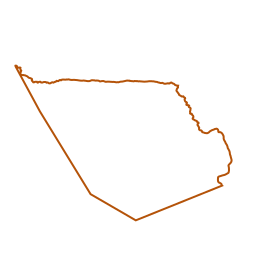 outline of Saravena, Arauca, Colombia, rotated 74°
{"feature_id": "7082276B82092326116351", "entity_name": "Saravena", "entity_type": "district", "adm_level": 2, "iso_a3": "COL", "parent_name": "Colombia", "parent_adm1": "Arauca", "projection": "equal_earth", "projection_center": [-71.958, 6.906], "detail": "fine", "context": "isolated", "style": "outline", "palette": "amber", "viewbox_px": 256, "rotation_deg": 74, "n_neighbors": 0, "source": "geoboundaries", "source_scale": "gbopen_adm2", "svg_char_len": 5470}
<svg xmlns="http://www.w3.org/2000/svg" viewBox="0 0 256 256"><g transform="rotate(74 128 128)"><path d="M37.1,219.0L37.8,219.1L87.8,208.1L181.3,182.2L218.9,146.0L209.3,53.4L208.9,53.6L207.4,53.7L206.9,54.1L206.4,54.6L205.8,55.1L205.4,55.7L204.7,56.0L204.2,56.1L203.4,56.0L202.4,55.8L200.2,55.0L199.9,54.5L199.7,53.9L199.7,53.2L199.7,52.0L199.6,50.5L199.7,48.3L199.6,47.1L199.3,45.9L199.1,45.0L198.8,43.9L198.4,43.5L197.6,43.1L196.6,42.6L194.6,42.1L193.6,41.9L191.9,41.8L191.6,41.6L191.3,41.4L190.6,40.3L190.2,39.6L189.8,38.9L189.5,38.7L189.1,38.1L188.1,37.5L187.4,37.3L186.8,37.2L184.2,37.2L183.0,37.1L182.5,37.2L181.0,37.2L179.3,36.9L178.0,36.9L176.0,37.3L175.0,37.6L174.2,37.6L173.5,37.5L171.8,37.6L169.4,38.3L168.1,38.4L167.0,38.7L166.2,38.9L165.3,39.0L164.2,38.9L163.0,38.5L161.7,38.4L160.3,38.7L159.0,39.1L157.9,39.9L157.3,40.7L157.2,41.4L157.0,41.9L156.5,42.2L155.2,41.9L154.4,42.0L153.6,42.4L153.1,43.0L152.9,44.8L153.1,45.6L153.2,46.6L153.2,47.7L153.7,49.9L153.9,50.4L154.3,51.1L154.6,51.8L154.8,52.8L154.8,53.5L154.1,55.2L153.9,55.6L153.5,56.1L153.0,56.8L152.7,57.4L152.5,57.7L152.1,57.7L151.8,57.8L151.4,57.8L151.1,57.9L150.6,58.2L150.3,58.9L150.0,59.4L149.2,60.0L148.4,60.0L147.5,59.5L146.9,59.7L146.1,59.7L145.5,60.0L145.0,60.0L144.6,60.3L144.1,60.3L143.5,60.1L143.4,59.8L143.0,59.4L142.7,58.8L142.2,58.8L141.5,59.5L141.1,59.9L140.7,59.9L140.4,59.9L139.5,60.9L139.2,61.4L138.7,61.8L138.2,62.2L137.7,62.9L136.9,63.3L136.3,63.0L136.0,62.6L135.5,62.1L134.7,62.0L134.0,62.1L133.2,62.7L132.4,62.7L131.9,62.9L131.7,63.4L131.6,64.0L131.1,64.3L130.6,64.1L130.0,63.9L129.6,63.9L129.1,63.8L128.8,63.6L128.1,63.1L127.7,63.0L127.3,62.8L126.4,62.4L126.0,62.5L125.4,62.8L124.8,63.6L124.1,63.7L123.8,63.7L123.4,63.5L123.2,63.2L122.9,63.4L122.5,64.1L122.3,64.6L122.2,65.0L121.9,65.4L121.7,65.4L121.4,65.4L121.0,65.2L120.8,65.0L120.4,64.8L120.2,64.4L119.9,64.4L119.5,64.5L119.1,64.8L118.9,65.2L118.5,65.5L117.9,65.7L117.5,65.8L117.1,65.8L116.1,65.7L115.7,65.3L115.3,64.9L114.7,64.9L114.3,65.4L113.8,65.7L113.0,66.0L112.7,66.3L112.8,66.9L112.6,67.5L112.3,67.9L111.7,68.3L111.0,69.0L110.6,69.5L110.0,69.8L109.0,69.8L108.6,70.0L108.2,70.2L107.3,70.5L106.9,70.6L106.6,70.8L105.8,71.1L105.3,71.1L104.4,70.5L104.1,70.4L103.7,70.0L103.1,69.3L102.9,68.8L102.1,68.6L101.6,68.5L101.1,68.2L100.9,68.7L100.8,69.2L100.7,69.5L100.4,69.7L100.2,70.0L99.9,70.6L99.7,70.8L99.4,71.0L98.7,71.3L98.3,71.6L98.0,71.9L97.5,72.7L97.3,73.0L96.6,73.4L96.3,73.7L96.2,74.3L96.2,74.5L96.2,74.9L96.5,75.3L96.6,75.6L96.6,76.2L96.4,76.7L96.0,77.2L96.0,77.5L96.0,78.1L95.9,78.5L95.8,79.6L95.6,80.5L95.2,81.2L94.9,81.6L94.5,82.0L94.2,82.3L94.0,82.8L94.0,83.4L93.9,83.9L93.6,84.6L93.0,85.4L92.6,86.3L91.7,87.4L91.3,88.5L90.1,90.8L89.8,91.9L89.4,92.8L89.1,94.1L88.9,94.5L88.6,96.7L88.3,98.1L88.0,99.4L87.7,100.3L86.7,102.9L86.5,103.5L86.3,103.8L86.2,104.2L86.1,105.0L85.9,105.4L85.5,106.1L85.5,106.4L85.4,106.8L85.2,107.0L85.1,107.3L85.0,107.7L84.9,108.3L84.8,108.5L84.7,108.6L84.6,108.8L84.6,109.1L84.7,109.5L84.6,110.0L84.2,110.8L84.0,111.5L83.8,111.9L83.6,112.2L83.4,112.9L83.4,113.1L82.9,113.5L82.8,113.8L82.7,114.4L82.5,114.8L82.4,115.2L82.2,115.6L82.1,116.2L82.0,118.1L81.9,119.6L81.8,120.8L81.7,121.2L81.6,121.6L81.4,122.6L81.4,124.7L81.1,125.3L80.9,126.5L80.7,127.0L80.4,127.5L79.7,129.1L79.5,130.0L79.0,131.4L78.7,132.3L78.2,133.5L77.8,134.9L77.5,136.5L77.4,136.8L77.0,137.4L76.8,137.7L76.2,138.5L76.0,138.9L75.8,139.8L75.7,140.2L75.6,141.6L75.5,142.1L74.6,143.0L74.2,143.7L74.1,144.1L73.7,145.0L73.7,145.4L73.6,145.8L73.4,146.5L73.0,147.0L72.8,147.5L72.4,148.8L72.2,149.2L72.1,149.6L72.1,150.0L72.2,151.0L72.3,151.8L72.2,152.5L71.8,153.9L71.3,155.0L70.8,156.0L70.6,156.6L70.3,157.1L70.1,157.7L69.9,159.0L69.6,160.0L68.8,161.9L67.9,163.8L67.4,165.2L67.1,165.9L66.8,166.8L66.6,167.4L66.5,168.2L66.3,168.9L66.1,169.4L65.7,170.3L64.9,171.6L64.7,173.0L64.4,173.8L64.4,174.5L64.3,174.9L64.2,175.2L63.7,176.5L63.6,176.9L63.4,177.8L63.3,178.0L63.4,178.3L63.7,179.0L63.6,179.5L63.2,179.8L63.1,180.0L63.1,180.5L63.2,180.8L63.3,181.2L63.7,181.9L63.7,182.2L63.7,182.4L63.5,182.7L63.2,183.2L63.1,183.4L63.0,183.6L63.1,183.9L63.6,184.7L63.6,184.8L63.6,185.2L63.5,185.6L63.5,185.9L63.7,186.5L63.8,187.1L63.8,187.3L63.4,187.8L63.2,188.1L63.2,188.5L63.2,189.0L63.4,189.4L63.5,190.2L63.6,190.4L63.5,190.9L63.5,191.1L63.3,191.4L63.2,191.7L62.9,192.0L62.3,192.4L62.1,192.6L62.0,192.9L62.0,193.0L62.0,193.6L62.0,193.8L61.8,194.0L61.5,194.1L61.3,194.2L61.1,194.6L60.9,195.0L60.7,195.8L60.6,196.3L60.6,196.9L60.7,197.4L60.7,197.6L60.7,197.8L60.5,198.4L60.4,198.8L60.2,199.1L59.6,199.3L59.4,199.5L59.3,199.8L59.2,200.6L59.2,201.3L59.2,201.5L59.4,201.8L59.5,201.9L59.4,202.5L59.2,202.6L58.8,202.7L58.5,202.8L58.4,203.1L58.3,203.5L58.0,204.4L58.0,204.7L58.0,205.1L58.1,205.3L58.2,205.6L58.1,206.1L58.0,206.4L57.9,206.5L57.7,206.6L56.7,206.8L56.2,207.1L56.1,207.3L55.5,207.3L55.0,206.9L54.9,206.9L54.6,206.8L54.3,206.9L54.1,207.0L53.2,208.1L52.9,208.5L52.7,209.0L52.4,209.4L51.8,209.9L51.6,210.0L51.3,210.1L50.7,210.5L50.3,210.9L50.2,211.1L49.2,212.2L48.9,212.7L48.5,213.7L48.3,213.9L48.2,214.1L47.9,215.3L47.4,216.0L47.1,216.3L46.9,216.5L46.2,216.5L45.9,216.4L45.3,216.1L45.1,215.9L44.3,215.6L44.2,215.5L43.9,215.1L43.7,215.0L43.4,214.8L43.1,214.9L42.9,215.2L42.8,215.3L42.1,215.2L41.1,215.2L40.8,215.0L40.6,214.9L40.4,214.8L40.1,215.1L40.0,215.5L39.9,216.0L39.8,216.9L39.8,217.2L39.6,217.4L39.2,217.5L38.4,217.7L37.8,217.8L37.6,217.9L37.2,218.4L37.1,218.6L37.1,219.0Z" fill="none" stroke="#b45309" stroke-width="2"/></g></svg>